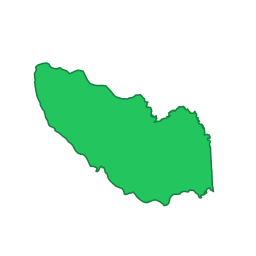 outline of Kpayan, Sinoe, Liberia, rotated 248°
{"feature_id": "62588387B5166019461138", "entity_name": "Kpayan", "entity_type": "district", "adm_level": 2, "iso_a3": "LBR", "parent_name": "Liberia", "parent_adm1": "Sinoe", "projection": "natural_earth1", "projection_center": [-8.829, 5.106], "detail": "fine", "context": "isolated", "style": "filled", "palette": "green", "viewbox_px": 256, "rotation_deg": 248, "n_neighbors": 0, "source": "geoboundaries", "source_scale": "gbopen_adm2", "svg_char_len": 5803}
<svg xmlns="http://www.w3.org/2000/svg" viewBox="0 0 256 256"><g transform="rotate(248 128 128)"><path d="M197.5,107.6L198.7,106.0L200.4,103.1L200.5,99.6L200.2,96.3L200.3,94.2L204.1,92.4L205.7,90.6L206.7,89.4L207.0,88.5L208.9,88.1L209.5,86.9L209.4,84.5L210.5,82.3L211.9,80.4L213.8,79.0L216.8,78.6L218.7,77.0L219.8,73.1L220.1,68.5L219.7,66.5L219.0,65.2L218.0,65.0L216.4,65.0L213.4,61.6L211.2,60.9L209.1,60.3L207.3,60.1L205.4,58.5L203.6,58.3L201.7,57.6L199.4,57.1L195.6,56.3L191.3,55.6L187.0,55.6L184.7,56.0L183.9,56.0L182.9,55.5L181.2,55.3L179.1,55.7L177.3,55.7L176.3,56.2L174.7,56.7L173.4,56.3L171.9,56.2L170.7,56.2L169.9,55.7L168.4,55.6L167.0,55.9L166.2,55.8L166.2,56.1L164.9,56.3L161.0,55.7L158.9,56.3L157.6,57.8L155.7,59.5L154.4,60.1L153.4,59.4L151.9,60.0L149.9,61.8L147.2,63.4L145.2,64.2L142.3,66.2L140.4,67.0L137.7,67.5L135.6,68.9L132.5,70.3L130.2,70.4L126.4,70.9L123.6,72.1L121.6,74.1L120.6,76.0L118.9,77.4L115.8,78.4L110.7,78.7L107.9,78.8L106.4,79.1L105.3,81.6L102.9,84.1L101.6,83.9L100.1,82.2L99.2,82.9L99.2,83.8L100.2,85.5L102.3,87.5L102.4,89.0L100.8,89.3L100.5,90.8L98.5,90.8L96.2,90.4L94.6,90.6L93.1,91.5L89.0,90.9L87.6,91.1L85.1,91.9L82.4,93.1L78.5,95.1L76.5,97.2L74.3,99.5L72.6,100.3L69.5,100.3L68.0,99.9L67.3,100.7L67.0,103.2L67.0,104.8L66.6,106.5L66.6,107.9L66.5,108.9L63.4,110.0L61.4,110.3L59.1,111.2L56.4,112.7L54.1,114.3L53.1,115.3L51.6,117.7L51.6,124.4L51.3,125.8L50.6,127.2L48.7,128.9L48.0,129.7L44.1,132.1L42.6,132.3L42.1,134.3L42.2,135.9L43.0,137.5L45.3,139.4L47.5,140.8L48.5,142.5L49.3,144.4L49.3,146.0L48.2,148.5L47.7,150.3L47.5,151.7L48.0,152.5L48.4,153.0L48.4,155.1L48.2,156.5L47.4,157.7L46.3,159.5L46.2,160.3L47.0,161.2L47.3,161.6L45.7,165.5L43.8,166.1L42.4,166.5L41.5,167.2L40.5,168.0L39.0,168.0L36.7,168.1L36.1,168.9L35.9,169.6L36.0,170.1L36.3,170.2L37.0,169.8L37.5,169.8L38.1,170.2L38.2,171.0L38.0,171.8L37.7,172.8L37.7,173.3L37.9,174.1L38.0,173.8L38.3,173.4L38.8,174.2L38.9,174.6L39.0,174.9L39.3,175.1L38.9,175.3L39.0,175.7L39.4,175.6L39.6,175.7L39.3,175.9L39.0,176.2L39.3,176.2L39.7,176.4L39.4,176.9L39.9,176.9L40.4,176.6L40.9,177.5L41.7,178.4L41.9,179.2L42.1,179.9L41.8,180.5L41.9,181.2L41.9,181.5L41.0,181.2L40.3,181.3L39.7,181.5L38.7,182.2L38.2,182.8L37.7,183.1L37.2,183.3L37.3,183.5L44.0,185.0L56.2,189.4L57.2,189.8L60.1,190.4L61.8,191.2L70.0,193.9L76.7,196.3L79.3,197.3L79.6,197.2L80.0,196.7L81.1,197.3L82.4,197.4L84.6,199.1L85.4,199.1L86.0,199.0L86.8,198.0L87.1,197.4L87.8,197.6L88.5,198.2L88.8,198.9L88.5,199.3L87.9,199.8L88.1,200.4L88.6,200.7L90.8,200.7L91.3,200.2L91.9,199.5L92.4,198.9L92.6,198.5L92.6,196.8L92.7,196.6L92.9,196.4L93.4,196.3L93.8,196.4L94.1,196.8L94.5,197.3L95.1,197.5L96.4,197.9L98.6,198.2L99.1,198.5L99.5,198.6L99.7,198.4L99.8,197.7L99.9,197.4L100.3,197.2L100.7,197.8L101.2,198.3L101.6,198.5L102.0,198.0L102.6,197.2L102.9,197.8L103.2,198.0L104.3,197.1L104.4,196.6L104.5,196.1L104.7,195.9L105.0,195.9L105.4,195.7L105.8,195.3L106.1,195.3L106.4,195.4L106.8,195.6L107.1,195.7L107.4,195.7L107.4,196.0L107.3,196.4L107.3,196.6L107.8,196.7L108.9,195.9L109.4,195.5L109.6,195.4L109.7,195.6L109.6,196.1L111.3,196.7L111.5,196.1L112.0,195.8L112.5,195.5L113.3,195.9L113.9,196.3L115.5,196.6L115.9,196.7L116.5,196.2L116.8,195.9L117.0,195.9L117.4,196.1L118.1,196.3L118.3,196.2L118.3,195.9L117.7,195.3L117.3,194.8L117.3,194.0L117.5,193.6L117.7,192.9L118.3,191.9L118.4,191.6L118.7,191.2L118.9,191.3L119.4,191.5L120.2,191.1L120.5,190.9L120.6,190.6L120.8,190.5L121.2,190.7L122.1,190.3L122.8,190.3L123.3,190.2L123.1,189.3L123.1,188.8L123.2,188.6L123.6,188.6L123.9,188.4L124.2,188.2L125.4,187.6L125.7,187.5L125.8,187.7L126.0,188.2L126.7,187.6L127.3,187.3L127.5,187.0L127.4,186.3L127.4,186.1L127.5,185.6L128.3,184.0L128.5,183.6L128.6,183.2L128.4,183.0L127.8,182.8L127.8,182.0L127.8,181.6L127.6,181.2L127.6,180.8L127.4,180.4L127.0,179.9L126.6,178.9L126.1,178.1L126.0,177.8L126.1,177.5L126.2,177.3L126.4,177.3L126.5,177.4L126.7,177.7L126.9,177.7L127.2,177.4L127.2,177.2L126.9,177.1L127.0,176.9L127.4,176.7L127.6,176.4L127.6,176.2L127.6,175.9L127.6,175.6L127.5,175.2L127.3,174.9L126.9,174.6L126.9,174.4L127.1,174.2L127.2,173.9L127.3,173.7L127.5,173.6L127.5,173.3L126.8,173.0L126.8,172.8L126.8,171.9L126.7,171.5L126.2,171.3L125.5,171.2L125.0,171.1L124.6,170.8L124.2,170.4L123.7,170.8L123.6,171.2L123.5,171.4L123.4,171.2L123.2,170.6L123.0,170.0L123.1,169.6L123.4,169.3L123.5,169.0L123.8,168.8L123.9,168.6L123.9,168.4L123.6,168.4L123.2,168.6L122.9,168.5L122.8,168.0L122.8,167.1L122.8,166.7L123.1,166.2L123.1,165.5L123.2,165.0L123.4,164.6L123.4,164.3L123.3,164.1L123.4,163.6L123.5,163.0L123.4,162.0L123.2,161.9L122.7,161.9L122.5,161.5L122.4,160.7L122.4,160.0L122.5,159.5L122.8,158.9L123.0,158.6L123.0,158.0L123.2,157.0L123.4,156.6L123.3,155.8L123.7,154.9L124.5,156.6L124.8,157.0L125.3,157.1L125.8,157.2L126.0,157.8L126.0,158.1L126.5,158.3L127.3,158.4L128.7,158.6L128.6,157.0L128.4,156.7L128.2,156.5L128.7,155.9L129.0,155.5L129.3,155.0L129.6,155.0L130.0,155.1L130.2,155.4L130.2,155.6L130.4,155.8L130.6,155.6L130.7,155.1L130.6,154.7L130.2,154.3L130.1,154.1L130.4,154.0L131.2,154.2L131.9,154.6L132.6,154.8L133.2,155.3L134.2,155.5L134.6,156.2L135.0,156.5L135.3,156.5L135.8,156.4L136.7,156.5L137.2,156.5L137.4,156.4L137.5,156.6L137.9,156.6L138.2,156.7L138.4,156.7L138.6,156.4L139.1,155.5L139.8,154.4L139.8,153.7L140.1,153.2L140.6,153.4L141.0,153.1L141.6,153.3L141.9,153.6L142.3,154.4L143.7,154.8L144.4,156.0L145.1,155.2L145.6,153.7L146.8,153.7L147.9,153.7L148.8,154.3L149.4,153.9L150.5,153.3L151.8,152.9L152.9,152.5L154.3,151.9L154.5,150.8L155.0,149.0L155.6,147.5L155.1,146.1L154.5,144.2L155.0,142.1L155.4,139.9L155.0,138.2L156.2,136.3L157.0,133.9L159.1,131.2L161.2,128.7L162.9,127.6L167.7,126.1L174.1,123.7L175.4,123.1L176.3,121.7L177.6,118.7L178.5,116.3L179.8,113.7L181.5,111.5L183.4,109.5L187.6,108.3L197.5,107.6Z" fill="#22c55e" stroke="#15803d" stroke-width="1.5"/></g></svg>